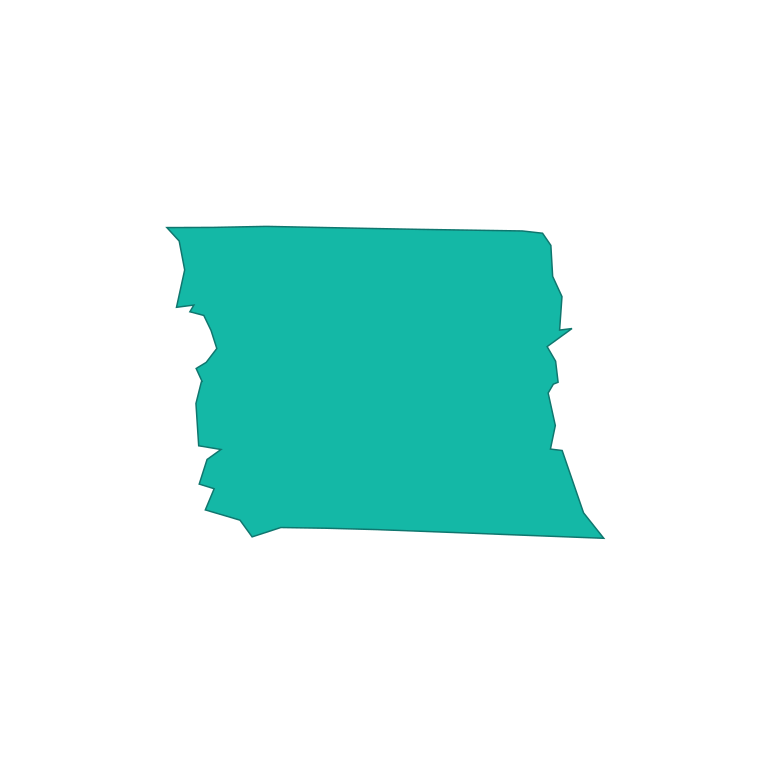 the district of Spotsylvania, Virginia, United States of America, rotated 231°
{"feature_id": "52423323B87886421112437", "entity_name": "Spotsylvania", "entity_type": "district", "adm_level": 2, "iso_a3": "USA", "parent_name": "United States of America", "parent_adm1": "Virginia", "projection": "albers", "projection_center": [-77.631, 38.184], "detail": "fine", "context": "isolated", "style": "filled", "palette": "teal", "viewbox_px": 768, "rotation_deg": 231, "n_neighbors": 0, "source": "geoboundaries", "source_scale": "gbopen_adm2", "svg_char_len": 747}
<svg xmlns="http://www.w3.org/2000/svg" viewBox="0 0 768 768"><g transform="rotate(231 384 384)"><path d="M500.6,243.4L487.2,225.6L452.6,201.1L435.7,216.1L436.7,199.0L422.5,177.4L409.5,186.1L398.6,165.9L368.8,186.4L348.2,185.3L337.4,213.5L308.3,248.3L274.7,287.6L271.6,291.1L125.8,457.7L158.3,458.0L220.2,480.6L228.7,472.4L243.9,491.0L273.7,505.9L277.3,515.5L275.8,520.4L293.7,531.7L310.4,534.3L308.8,565.0L315.4,554.4L339.9,577.3L361.5,582.8L386.7,600.9L401.4,602.1L415.9,587.8L482.0,508.7L511.6,473.5L580.5,391.8L613.2,349.8L642.2,313.7L624.0,314.8L598.1,300.9L574.2,271.0L565.0,285.9L562.3,278.6L550.7,287.1L534.5,283.3L516.8,276.4L512.7,259.4L514.3,247.8L500.4,244.2L500.6,243.4Z" fill="#14b8a6" stroke="#0f766e" stroke-width="1.5"/></g></svg>